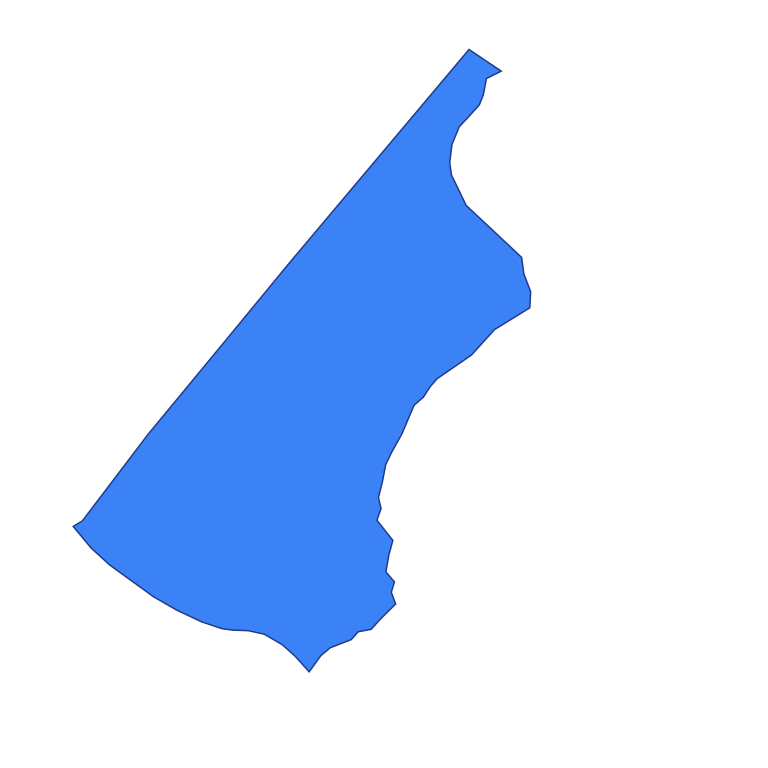 outline of Lupionópolis, Paraná, Brazil, rotated 220°
{"feature_id": "56859067B97395600042242", "entity_name": "Lupionópolis", "entity_type": "district", "adm_level": 2, "iso_a3": "BRA", "parent_name": "Brazil", "parent_adm1": "Paraná", "projection": "robinson", "projection_center": [-51.683, -22.744], "detail": "fine", "context": "isolated", "style": "filled", "palette": "blue", "viewbox_px": 768, "rotation_deg": 220, "n_neighbors": 0, "source": "geoboundaries", "source_scale": "gbopen_adm2", "svg_char_len": 882}
<svg xmlns="http://www.w3.org/2000/svg" viewBox="0 0 768 768"><g transform="rotate(220 384 384)"><path d="M256.3,115.4L257.8,135.1L255.6,147.5L250.1,157.5L244.8,167.1L244.5,177.6L236.2,187.7L235.6,202.3L233.7,223.0L244.5,229.1L248.8,239.1L261.8,241.3L270.4,256.2L276.7,269.9L301.9,275.1L306.2,286.7L315.3,293.5L322.6,308.5L330.9,323.4L334.3,336.7L338.1,356.9L347.3,387.1L345.4,399.3L346.9,411.7L346.7,422.4L335.6,462.5L334.3,496.8L321.3,536.1L330.9,548.9L347.7,558.3L359.9,569.4L395.1,571.4L435.8,573.6L466.7,587.5L475.9,595.8L485.9,611.1L491.7,629.4L491.0,642.3L490.4,659.1L493.8,669.4L501.9,683.8L495.3,699.0L533.9,694.9L534.3,416.3L533.3,312.7L532.4,194.0L527.1,85.3L530.5,75.1L502.9,70.1L477.8,69.0L423.6,72.9L397.6,77.5L370.4,84.7L350.7,92.5L342.0,98.0L329.4,107.8L314.9,115.4L294.2,118.9L276.7,118.3L256.3,115.4Z" fill="#3b82f6" stroke="#1e3a8a" stroke-width="1.5"/></g></svg>